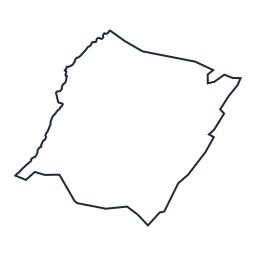 Bath, Virginia, United States of America
{"feature_id": "52423323B67165300016229", "entity_name": "Bath", "entity_type": "district", "adm_level": 2, "iso_a3": "USA", "parent_name": "United States of America", "parent_adm1": "Virginia", "projection": "orthographic", "projection_center": [-79.859, 38.055], "detail": "fine", "context": "isolated", "style": "outline", "palette": "slate", "viewbox_px": 256, "rotation_deg": 0, "n_neighbors": 0, "source": "geoboundaries", "source_scale": "gbopen_adm2", "svg_char_len": 1624}
<svg xmlns="http://www.w3.org/2000/svg" viewBox="0 0 256 256"><path d="M50.6,124.2L47.5,131.6L46.4,133.1L45.4,135.1L45.5,135.7L46.1,136.9L45.5,138.6L44.9,139.7L44.4,140.1L43.8,140.2L43.1,140.9L41.2,144.8L41.1,145.3L41.4,145.9L41.0,147.1L39.5,147.5L37.7,150.0L37.4,150.9L37.6,152.1L37.3,153.1L36.1,155.5L35.0,156.9L32.7,157.8L31.5,158.8L31.2,159.4L31.3,160.1L31.1,160.9L27.1,164.3L22.7,168.4L18.2,173.2L17.3,173.5L15.4,175.6L25.9,179.9L34.8,172.0L44.6,174.9L59.4,174.7L74.4,200.7L76.9,203.1L105.8,208.7L127.1,206.6L137.6,214.5L147.9,225.4L159.6,212.6L164.3,211.5L178.2,183.3L188.2,174.6L205.6,151.9L213.8,137.1L208.9,134.4L214.1,129.7L224.1,113.6L220.2,109.3L228.9,95.8L237.6,85.1L240.6,78.1L232.8,78.0L224.3,74.7L214.3,81.8L207.8,83.3L207.7,74.5L213.2,70.1L195.1,61.6L142.7,51.4L125.4,41.5L110.1,30.6L109.3,30.8L108.2,32.8L106.3,33.9L104.3,33.3L103.5,34.4L102.9,35.8L102.9,36.5L103.3,37.4L102.4,38.4L101.5,39.0L101.0,38.9L99.5,37.9L97.4,38.3L96.7,39.3L96.3,40.5L96.3,41.4L95.9,41.9L95.0,42.2L93.1,42.0L92.2,42.3L91.8,42.8L90.4,45.8L88.0,46.9L85.6,50.2L80.0,56.2L78.1,57.6L77.3,57.6L76.7,57.8L75.4,59.1L75.3,59.7L75.1,60.1L74.9,61.3L72.9,64.5L70.1,66.3L68.4,66.8L67.1,66.6L66.4,67.6L66.5,68.5L66.2,68.8L64.7,70.3L64.7,70.5L66.3,71.4L66.3,72.6L65.6,73.9L65.5,74.9L65.8,75.8L66.5,75.8L66.9,76.0L65.6,82.1L63.9,83.9L63.2,84.1L61.9,86.7L61.9,86.9L61.8,89.1L60.1,91.0L56.8,91.6L56.0,92.8L58.2,102.1L58.5,102.5L59.8,102.9L61.5,103.2L62.8,104.1L62.3,105.2L61.1,106.8L60.0,107.8L59.9,108.5L59.6,109.0L58.4,109.9L56.9,111.3L54.5,114.7L52.9,116.0L52.6,116.5L50.5,121.9L50.6,124.2Z" fill="none" stroke="#1e293b" stroke-width="2"/></svg>